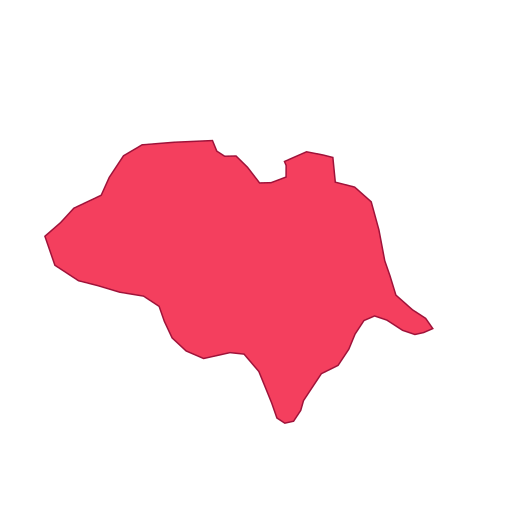 outline of Pongsan, Hwanghae-bukto, North Korea, rotated 213°
{"feature_id": "82179303B35443402904983", "entity_name": "Pongsan", "entity_type": "district", "adm_level": 2, "iso_a3": "PRK", "parent_name": "North Korea", "parent_adm1": "Hwanghae-bukto", "projection": "natural_earth1", "projection_center": [125.882, 38.516], "detail": "fine", "context": "isolated", "style": "filled", "palette": "rose", "viewbox_px": 512, "rotation_deg": 213, "n_neighbors": 0, "source": "geoboundaries", "source_scale": "gbopen_adm2", "svg_char_len": 933}
<svg xmlns="http://www.w3.org/2000/svg" viewBox="0 0 512 512"><g transform="rotate(213 256 256)"><path d="M134.5,137.9L134.4,150.9L137.4,160.6L137.3,173.5L137.1,192.9L127.6,209.0L127.4,228.4L130.4,244.5L130.3,260.7L123.9,270.3L111.4,273.5L92.6,273.5L80.0,276.7L73.7,283.1L68.2,291.4L79.8,296.1L95.5,296.1L117.4,299.4L132.9,312.4L145.4,322.1L167.1,344.8L188.9,364.2L210.8,367.5L229.7,361.1L245.2,380.5L254.6,377.3L270.4,370.9L283.6,350.8L280.0,348.3L273.8,338.6L283.3,325.7L292.8,319.2L311.5,325.8L327.2,329.0L336.6,322.6L346.0,322.6L355.4,329.1L386.9,306.6L412.1,287.2L421.7,267.9L421.9,242.0L418.9,222.7L434.8,196.9L438.1,177.5L443.8,157.6L419.6,138.7L391.4,138.6L372.5,145.0L350.6,151.4L328.5,161.1L309.8,161.0L297.3,151.3L281.7,141.6L262.9,138.3L244.1,141.5L225.2,160.8L212.6,167.2L190.7,160.7L172.0,147.7L162.7,141.2L150.2,131.5L143.0,131.5L140.8,131.5L134.5,137.9Z" fill="#f43f5e" stroke="#9f1239" stroke-width="1.5"/></g></svg>